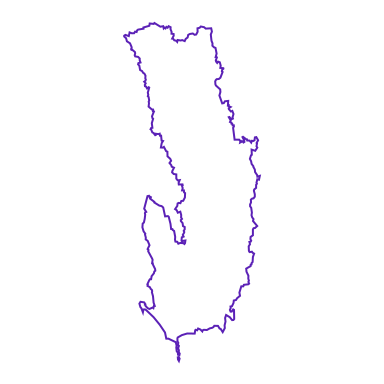 Tha Mai, Chanthaburi, Thailand (Equal Earth projection)
{"feature_id": "78962969B20525991474584", "entity_name": "Tha Mai", "entity_type": "district", "adm_level": 2, "iso_a3": "THA", "parent_name": "Thailand", "parent_adm1": "Chanthaburi", "projection": "equal_earth", "projection_center": [101.972, 12.718], "detail": "fine", "context": "isolated", "style": "outline", "palette": "violet", "viewbox_px": 384, "rotation_deg": 0, "n_neighbors": 0, "source": "geoboundaries", "source_scale": "gbopen_adm2", "svg_char_len": 6000}
<svg xmlns="http://www.w3.org/2000/svg" viewBox="0 0 384 384"><path d="M125.4,34.9L124.2,35.7L124.2,36.5L126.1,38.3L126.9,41.3L130.0,43.3L131.5,46.8L131.7,48.0L131.1,49.1L131.5,49.9L132.4,49.9L134.9,52.0L135.2,53.2L134.7,55.2L135.2,56.4L138.1,56.9L139.7,58.5L139.7,60.3L140.5,62.5L138.4,63.1L138.1,64.4L139.3,65.6L140.1,70.0L142.1,71.1L143.1,72.8L144.4,73.6L145.5,75.7L145.3,78.3L145.8,79.6L145.4,80.8L144.2,81.7L145.7,83.3L144.8,84.9L145.0,86.2L146.0,86.5L147.0,88.4L148.7,87.2L149.2,87.6L147.8,92.7L148.3,94.9L147.8,96.2L148.6,97.0L149.2,100.6L148.7,101.6L149.0,103.2L148.6,106.6L152.0,109.6L153.0,109.5L153.3,110.3L153.0,111.3L153.9,111.6L152.0,116.3L152.5,118.3L153.1,118.8L151.8,123.2L152.4,127.8L151.1,128.1L150.6,129.2L151.1,129.4L152.3,132.4L153.4,132.9L155.2,135.2L155.7,135.0L155.4,133.7L158.4,134.1L159.7,133.7L160.0,135.7L161.1,135.7L161.6,140.6L163.0,141.0L161.7,143.1L160.9,147.5L162.9,147.6L163.9,146.9L166.1,151.1L167.4,151.7L167.5,156.3L170.3,158.9L171.1,160.8L169.5,163.0L171.3,165.2L171.7,166.7L174.0,167.7L172.3,171.1L172.1,172.4L173.7,174.0L176.3,174.4L176.3,178.6L177.7,180.4L179.7,180.1L178.6,182.9L178.8,184.5L182.5,184.4L182.7,185.3L182.0,185.9L182.7,188.1L182.1,190.4L183.9,190.4L184.1,192.4L185.1,193.1L184.9,197.5L183.2,200.8L181.3,201.0L180.4,203.2L178.6,202.9L177.6,203.5L177.3,205.9L175.1,209.1L176.7,210.2L177.8,212.7L180.3,211.7L181.2,215.0L181.1,217.5L182.0,218.9L180.8,220.1L180.9,221.1L182.6,223.1L183.0,226.1L184.7,227.0L184.7,229.3L183.7,230.9L184.2,231.7L184.2,232.5L182.8,234.9L183.6,236.6L181.8,237.3L181.5,240.5L181.8,241.0L185.4,240.5L185.0,243.2L184.4,244.0L182.5,242.4L182.2,243.1L180.3,242.9L178.3,243.7L177.3,241.8L175.4,241.6L175.0,239.6L175.2,236.9L174.1,230.9L172.7,230.0L172.4,229.1L171.1,229.0L170.5,223.9L168.7,216.7L167.9,216.1L165.1,216.4L163.2,207.5L161.6,206.1L159.3,205.6L154.3,202.5L154.4,201.9L150.3,198.8L150.9,197.2L150.0,196.7L149.6,197.3L149.0,195.8L147.5,196.1L144.2,208.7L146.2,211.9L145.2,212.4L144.9,213.2L145.2,214.7L144.7,218.9L143.9,222.5L142.7,223.6L142.4,227.3L143.6,231.4L145.3,233.7L145.0,234.5L145.8,237.5L145.7,239.4L147.7,240.9L149.5,245.2L147.6,249.1L148.5,250.0L148.2,251.3L152.2,258.7L152.6,259.9L152.1,263.3L152.8,263.4L152.9,264.5L155.1,269.0L155.3,270.7L154.3,271.5L153.9,273.3L151.6,276.2L151.1,279.2L150.0,279.2L149.2,280.3L147.4,284.2L147.8,284.5L147.5,285.9L149.9,287.2L150.7,288.9L151.8,289.8L152.2,291.1L151.9,292.2L153.0,296.2L153.6,302.6L154.7,305.9L153.9,305.9L153.4,308.1L152.7,307.5L149.4,309.0L147.6,308.1L145.6,306.0L145.4,304.5L144.9,304.5L145.0,303.7L144.2,302.4L140.5,301.8L139.4,303.6L140.4,307.1L141.3,308.1L142.9,312.3L143.4,309.5L145.0,309.4L146.2,310.1L153.6,317.2L159.8,324.8L165.0,332.5L166.3,338.7L168.5,338.7L175.8,342.2L176.6,345.7L176.3,347.5L176.7,351.2L177.9,352.8L178.0,354.7L179.4,355.1L179.7,353.6L178.8,352.2L178.9,350.2L178.1,348.2L178.9,345.9L177.9,344.7L178.3,342.8L177.5,341.3L177.4,338.5L177.7,337.5L181.9,335.1L187.2,333.5L194.7,333.6L195.2,330.3L195.6,329.8L197.2,330.3L198.1,328.5L200.4,329.5L202.3,331.4L202.7,330.3L203.8,329.8L206.9,330.0L209.7,328.4L212.2,327.8L213.4,327.1L214.3,325.8L218.0,325.9L219.6,328.6L220.6,328.8L222.7,332.1L224.8,328.1L224.6,325.3L225.5,321.6L225.1,318.0L226.1,315.0L229.8,317.2L232.1,320.1L233.4,320.0L234.2,319.0L234.0,309.9L233.2,309.4L231.7,311.6L230.6,311.6L229.9,309.9L230.7,308.0L230.5,306.5L232.0,306.2L233.5,303.0L233.8,300.5L236.0,300.0L237.1,298.2L240.0,295.8L239.4,292.6L241.3,286.3L243.3,286.3L243.9,284.8L248.3,284.3L249.1,283.6L248.4,281.9L248.9,280.6L248.3,278.7L248.4,275.7L246.5,271.7L246.2,268.6L250.6,266.1L250.7,264.7L251.5,264.4L251.6,263.1L252.6,262.0L252.9,257.0L254.1,253.6L252.7,252.8L251.9,251.7L249.7,252.1L249.2,251.6L248.9,250.7L248.7,246.3L250.0,244.2L249.4,241.9L250.7,241.6L251.2,240.7L250.4,239.1L250.6,236.9L252.9,235.3L252.9,229.4L253.6,228.2L255.0,228.0L257.2,226.0L253.0,221.0L253.5,219.1L252.2,217.4L251.5,215.2L251.9,212.6L251.2,207.8L250.1,206.3L250.1,204.4L251.0,202.5L250.9,199.6L252.3,198.5L253.5,198.4L254.8,196.7L254.8,194.2L253.9,190.8L254.2,189.5L256.1,187.9L256.1,184.8L256.9,183.7L256.5,182.7L257.3,179.3L259.0,179.7L259.8,175.9L257.4,176.7L257.1,175.0L255.1,172.1L254.8,169.5L253.4,167.0L253.4,166.3L251.6,163.9L251.1,161.2L249.9,158.9L251.0,155.3L251.8,154.8L251.6,149.6L255.2,150.8L257.3,147.6L256.5,146.3L257.0,143.5L256.6,143.0L258.1,140.3L256.3,137.1L254.9,137.4L254.5,140.3L253.2,141.0L251.9,140.8L251.2,142.6L249.6,140.6L247.2,140.5L247.0,139.4L246.2,139.3L243.0,136.8L242.5,137.1L244.1,140.2L244.4,141.9L243.5,142.5L242.5,141.3L240.2,142.5L240.6,140.8L239.9,140.7L239.2,139.7L234.6,139.7L233.1,127.8L233.9,126.5L233.8,125.3L232.6,125.3L232.3,123.9L231.5,123.7L231.5,122.7L230.0,122.0L230.7,120.4L228.8,117.2L229.4,117.0L231.3,119.3L232.9,118.6L232.5,117.5L233.5,114.0L232.3,110.9L230.9,111.5L228.9,109.2L228.7,108.3L230.6,107.0L228.7,106.2L228.7,105.2L227.9,105.4L228.2,100.9L224.9,101.3L223.8,103.1L222.2,103.4L219.4,95.5L220.4,92.0L220.2,89.4L215.9,85.5L215.4,84.3L215.2,81.4L215.7,80.2L216.6,79.2L218.8,79.0L220.4,77.7L222.6,72.0L221.9,71.4L222.1,69.9L223.4,68.7L223.3,68.2L220.3,67.9L220.7,65.6L219.8,62.3L218.3,61.7L217.2,63.0L216.1,61.6L216.4,61.1L215.8,60.3L216.9,57.4L216.4,56.8L215.7,56.9L216.6,53.6L215.5,47.9L214.0,47.3L212.4,45.7L212.5,43.3L211.5,40.8L210.8,34.5L211.9,31.6L211.2,28.3L205.7,28.6L204.1,27.2L200.8,26.5L199.6,27.8L197.5,28.3L197.6,31.8L196.2,34.5L194.6,34.8L192.8,33.5L189.8,34.0L188.2,34.9L187.6,37.5L185.7,38.9L184.7,41.1L182.2,40.1L180.7,40.5L177.7,40.0L177.2,41.9L176.1,40.7L174.3,40.3L173.1,38.7L172.2,38.6L173.7,35.7L173.6,34.0L171.5,33.7L171.6,31.9L170.5,29.1L170.6,27.2L168.6,26.2L167.6,27.7L166.4,26.9L165.5,28.4L164.5,27.6L163.7,28.4L163.2,26.2L160.4,26.7L154.4,23.0L153.7,23.9L149.7,23.5L149.3,25.8L143.4,27.5L143.5,28.7L138.1,29.6L137.1,30.4L136.6,32.0L135.1,31.6L134.1,33.2L131.9,33.3L129.6,32.4L128.8,36.1L125.4,34.9ZM178.7,357.0L177.8,357.3L178.0,359.5L178.9,361.0L179.6,358.6L178.7,357.0Z" fill="none" stroke="#5b21b6" stroke-width="2"/></svg>